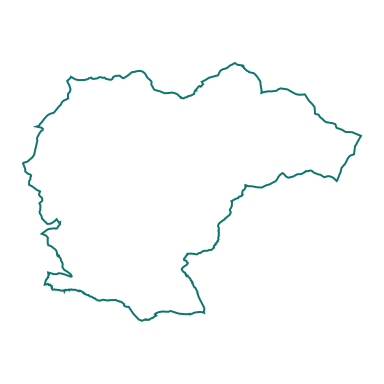 Mihaileni, Sibiu, Romania (Robinson projection)
{"feature_id": "2599482B13482598439545", "entity_name": "Mihaileni", "entity_type": "district", "adm_level": 2, "iso_a3": "ROU", "parent_name": "Romania", "parent_adm1": "Sibiu", "projection": "robinson", "projection_center": [24.371, 45.991], "detail": "fine", "context": "isolated", "style": "outline", "palette": "teal", "viewbox_px": 384, "rotation_deg": 0, "n_neighbors": 0, "source": "geoboundaries", "source_scale": "gbopen_adm2", "svg_char_len": 5824}
<svg xmlns="http://www.w3.org/2000/svg" viewBox="0 0 384 384"><path d="M204.0,312.8L203.8,312.1L204.4,308.7L203.9,307.2L199.0,297.7L197.3,292.8L197.6,292.4L195.3,287.7L194.4,287.2L193.7,286.3L192.6,282.9L192.1,283.0L192.0,282.7L192.4,282.5L192.3,281.7L190.7,280.3L190.8,279.8L189.8,278.2L188.5,277.0L187.7,275.6L187.0,275.4L186.4,276.0L185.7,274.8L186.0,274.2L185.1,273.2L185.1,272.7L183.0,271.6L181.8,269.4L181.8,268.9L183.1,267.2L186.7,264.8L187.8,263.4L187.8,263.0L186.9,262.2L186.3,260.8L184.2,260.1L183.9,259.0L184.3,258.4L185.5,257.2L185.6,256.4L187.2,255.0L187.3,253.8L191.6,253.6L196.9,254.4L198.5,253.3L199.5,253.0L200.2,253.1L202.1,251.7L203.8,250.9L207.5,250.7L209.4,249.8L210.5,250.1L212.1,249.5L212.9,248.4L214.1,247.7L213.8,246.1L215.0,244.8L215.4,244.9L215.7,244.6L215.9,243.9L215.7,243.4L217.1,242.4L217.4,241.2L217.9,241.1L217.9,240.4L218.5,239.6L218.2,237.4L219.0,235.3L218.6,234.2L219.0,232.8L218.4,231.2L218.9,230.4L218.6,229.9L218.8,229.2L218.8,228.0L218.0,225.9L218.9,223.6L223.0,220.3L224.4,219.6L224.8,218.8L226.5,217.5L226.9,216.9L228.6,215.8L229.7,214.7L230.8,212.4L229.9,210.1L229.9,209.4L230.5,208.8L231.9,205.8L231.9,203.5L232.1,202.2L231.4,201.2L235.5,198.9L238.3,198.0L238.3,197.6L239.0,196.7L241.4,196.1L242.3,195.3L242.7,194.5L242.1,194.0L242.5,191.1L243.2,190.2L244.2,189.7L246.0,186.7L245.2,186.0L245.2,185.2L245.6,185.1L248.5,186.2L252.4,186.3L257.1,187.3L261.8,187.5L266.0,185.4L270.0,184.2L272.5,182.7L275.1,181.5L276.7,180.0L278.2,177.2L279.7,175.2L282.4,173.1L283.5,173.6L286.3,176.7L288.3,177.7L293.0,176.6L297.0,174.4L299.0,174.1L300.5,174.2L302.5,173.5L305.3,171.7L305.7,171.1L306.4,171.4L310.7,170.5L311.9,170.9L314.1,172.8L318.1,174.3L320.5,174.8L323.8,177.0L324.6,177.1L327.3,176.3L329.2,176.2L331.0,176.7L333.1,177.7L336.7,181.0L337.2,180.4L340.8,171.3L341.5,167.9L344.3,164.7L344.8,164.4L347.8,158.5L349.3,156.4L350.8,155.4L354.0,154.3L355.1,145.9L356.1,144.8L357.5,141.9L361.0,135.9L352.1,132.2L346.1,132.0L345.1,131.7L342.2,129.8L336.5,127.8L335.3,124.1L332.2,123.1L326.7,122.3L324.4,121.1L322.7,119.2L320.3,117.4L318.5,114.7L315.2,113.8L315.0,113.4L314.6,107.2L312.7,104.6L308.9,100.7L304.9,94.4L299.9,94.8L297.0,94.4L294.4,93.4L287.4,89.4L280.6,88.4L278.8,89.1L276.2,90.8L271.1,91.4L268.3,91.3L263.2,92.2L261.4,93.0L261.6,90.5L260.6,85.2L260.4,82.1L260.0,80.9L256.7,76.1L254.0,73.3L249.0,72.1L248.8,71.6L247.2,70.9L244.0,68.1L243.8,67.1L242.7,66.6L243.3,65.9L242.9,65.5L237.1,64.7L235.4,63.2L233.7,63.4L233.2,64.1L230.5,65.2L226.7,68.2L222.8,69.3L220.8,70.4L219.8,71.6L218.1,75.3L209.0,77.7L206.5,79.4L201.7,81.9L203.1,84.2L200.8,86.7L199.7,86.0L198.1,87.0L197.5,88.1L195.8,89.9L196.2,90.6L195.0,90.7L194.3,92.6L194.2,93.8L191.3,95.4L187.6,96.4L187.2,97.1L185.0,97.5L183.7,98.3L181.1,98.0L180.8,97.0L180.3,97.1L177.3,94.2L174.3,93.0L172.0,92.6L166.4,93.2L164.3,93.1L160.0,91.3L155.3,90.1L154.1,89.5L151.3,84.5L151.6,81.9L151.2,81.1L147.2,77.4L145.3,73.9L144.5,73.1L143.1,71.9L140.6,70.9L136.6,71.2L135.4,71.7L131.9,72.2L127.8,75.6L123.6,78.2L122.9,78.2L119.7,75.7L115.6,75.9L113.6,76.8L113.0,77.3L112.5,78.8L111.3,79.6L110.6,79.8L106.0,78.9L104.8,77.7L102.6,77.8L100.9,77.2L98.8,77.3L97.6,78.3L93.7,78.9L92.2,78.7L91.3,77.6L88.9,78.3L87.9,79.1L84.5,80.0L78.9,80.1L75.7,79.5L70.9,76.8L70.4,78.0L67.2,80.9L67.3,81.5L69.3,85.4L70.5,89.1L70.2,90.8L69.6,92.1L68.1,93.7L67.9,94.9L68.1,98.5L63.1,101.0L62.1,102.1L60.5,105.1L59.4,105.9L53.9,112.7L49.9,113.9L47.4,115.4L44.4,118.6L41.9,122.1L40.5,123.4L38.9,125.8L36.4,126.6L41.5,127.7L42.9,128.9L42.6,130.2L41.3,130.8L39.7,132.9L37.3,137.4L37.0,139.0L37.3,140.4L37.2,141.4L34.7,152.0L34.2,154.8L32.0,157.7L27.3,161.7L23.4,162.8L23.0,163.3L25.3,169.2L25.2,171.4L28.3,174.0L30.3,174.5L31.1,175.4L31.0,176.3L30.3,177.4L30.4,179.0L29.1,181.3L29.1,184.8L32.1,186.3L37.1,190.1L40.1,191.4L39.1,193.9L39.1,194.7L39.3,195.3L40.0,196.2L42.2,198.2L42.2,200.6L42.0,201.1L39.4,203.2L40.4,205.6L40.4,207.6L40.2,208.4L40.3,210.0L39.5,211.9L39.9,213.6L41.1,215.1L41.7,216.8L42.0,218.5L47.3,223.9L49.2,223.9L51.5,223.3L54.7,221.1L56.6,219.2L59.2,223.0L60.1,222.4L59.9,224.5L58.4,226.1L57.1,228.3L55.9,228.7L54.8,228.3L49.2,228.9L47.4,229.6L41.7,233.8L45.9,235.5L47.8,237.6L48.0,238.0L47.7,238.8L47.7,243.0L48.2,245.1L51.3,246.3L55.6,249.7L56.2,250.5L56.9,252.5L57.1,254.8L57.7,256.2L58.0,256.3L58.0,255.3L58.3,255.0L58.9,255.4L59.4,257.1L60.5,258.2L61.2,260.9L62.5,263.1L62.7,264.8L62.4,266.7L62.7,267.7L64.4,270.0L67.2,271.6L70.6,274.2L71.7,276.1L71.5,276.6L70.6,276.6L64.6,274.4L61.8,273.6L58.5,273.2L57.3,274.0L54.4,274.2L48.1,272.5L48.2,273.6L49.0,274.6L48.1,276.2L48.3,277.4L47.5,277.7L46.8,279.2L46.1,279.7L46.1,280.4L45.6,281.0L44.7,284.7L46.9,284.3L47.8,283.8L48.3,284.1L48.7,285.0L50.0,284.7L50.1,285.2L51.6,285.7L51.8,286.0L51.4,286.7L52.0,287.4L51.6,288.1L52.7,289.8L54.3,289.3L55.3,289.7L59.4,290.0L60.3,290.5L62.0,290.7L63.6,290.3L64.1,290.6L64.3,291.3L64.8,290.0L65.1,289.8L65.7,289.9L66.1,290.3L66.6,289.9L68.6,289.7L69.1,290.3L69.8,289.5L70.8,289.8L71.3,289.4L73.3,289.9L75.0,289.7L78.5,291.1L79.0,290.6L79.6,291.2L80.6,290.8L82.9,292.2L82.9,292.5L83.7,292.6L83.7,293.4L84.8,293.7L84.9,294.1L87.1,294.9L88.2,295.0L88.2,295.3L89.3,295.8L89.8,296.4L91.9,296.8L93.2,297.8L94.2,298.3L94.7,298.2L95.3,298.6L95.6,299.2L98.2,300.5L100.4,300.6L102.9,299.7L108.0,300.6L108.6,300.2L115.8,300.0L117.6,300.9L118.9,301.1L119.9,301.8L121.1,301.7L124.2,304.2L124.0,305.4L124.7,306.1L126.5,306.8L128.4,306.8L129.0,307.1L129.8,308.6L133.6,314.0L137.5,318.2L138.9,319.6L142.1,320.8L144.9,319.5L145.1,319.8L146.0,319.9L146.4,319.4L147.9,319.9L149.3,319.7L149.5,319.2L152.3,317.9L152.8,317.9L154.3,316.6L156.3,315.6L154.9,314.2L156.1,313.2L158.6,312.2L162.1,311.5L168.2,311.8L170.7,311.0L178.7,313.6L185.1,314.2L188.0,314.2L189.6,313.8L190.0,314.5L195.0,312.5L199.4,312.0L202.6,312.2L204.0,312.8Z" fill="none" stroke="#0f766e" stroke-width="2"/></svg>